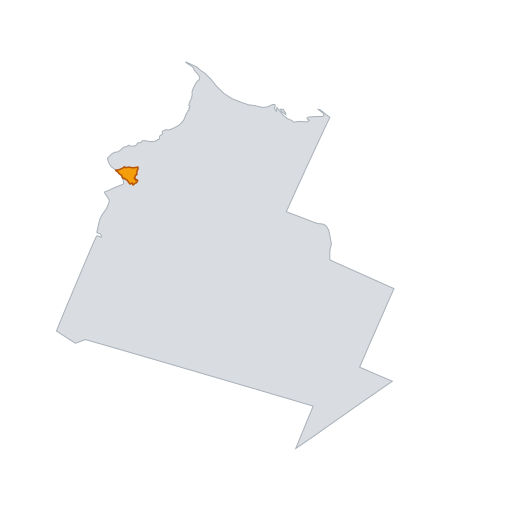 location of Ould Yenge, Guidimaka, Mauritania, rotated 114°
{"feature_id": "47542326B88135317282644", "entity_name": "Ould Yenge", "entity_type": "district", "adm_level": 2, "iso_a3": "MRT", "parent_name": "Mauritania", "parent_adm1": "Guidimaka", "projection": "albers", "projection_center": [-11.856, 15.622], "detail": "fine", "context": "in_parent", "style": "filled", "palette": "amber", "viewbox_px": 512, "rotation_deg": 114, "n_neighbors": 0, "source": "geoboundaries", "source_scale": "gbopen_adm2", "svg_char_len": 4540}
<svg xmlns="http://www.w3.org/2000/svg" viewBox="0 0 512 512"><g transform="rotate(114 256 256)"><path d="M222.3,429.7L221.7,429.5L218.8,427.5L217.4,425.0L215.1,423.2L212.0,422.0L209.9,420.6L209.0,419.1L207.8,418.0L206.6,417.5L206.5,416.9L206.8,416.1L206.5,414.7L204.7,411.5L202.9,410.1L201.5,410.3L200.6,409.9L200.1,409.2L200.0,408.2L199.0,407.3L197.2,406.9L195.8,404.5L194.8,400.2L193.5,396.8L191.8,394.4L190.6,393.5L189.7,393.3L189.4,393.0L189.2,392.3L187.9,392.0L186.0,392.7L184.4,392.4L183.6,391.3L182.5,391.1L181.0,392.1L179.4,391.8L177.7,390.2L176.8,388.7L176.6,387.2L173.6,384.1L167.9,379.5L161.6,377.3L154.8,377.5L151.0,377.2L150.2,376.5L149.3,376.6L148.5,377.4L147.6,377.5L146.6,377.1L146.0,377.4L145.8,378.6L143.4,379.1L138.8,379.1L135.1,379.7L132.3,381.1L128.3,381.6L123.1,381.3L120.0,380.7L119.0,379.9L117.5,379.7L115.6,380.1L113.8,382.3L112.2,386.3L111.0,388.6L109.9,389.1L108.8,392.1L108.1,397.2L107.2,399.4L107.4,386.8L109.0,382.1L109.6,378.0L112.9,368.9L116.8,361.5L120.5,351.6L122.0,342.0L121.7,332.6L120.9,324.2L119.2,318.6L117.7,310.6L115.3,306.3L110.9,302.5L109.9,300.4L111.0,299.6L113.7,299.1L115.6,296.3L111.8,297.3L116.3,288.6L117.8,282.6L117.6,278.7L118.5,276.2L115.3,270.9L112.9,264.2L111.7,263.2L110.3,262.6L110.2,264.1L109.4,265.5L107.8,264.6L105.1,259.7L101.4,251.8L100.1,251.0L98.9,252.0L98.2,253.0L96.7,259.5L96.3,256.9L97.0,253.9L98.0,250.2L99.3,245.0L102.6,245.0L108.7,245.2L120.8,245.4L126.8,245.5L138.9,245.7L144.9,245.8L157.0,246.0L163.0,246.0L175.1,246.2L181.1,246.2L193.2,246.3L199.3,246.3L203.2,246.4L203.0,242.6L202.9,239.7L202.6,235.7L202.4,231.8L202.2,227.8L202.0,224.1L201.8,220.4L201.6,217.0L201.4,213.9L201.0,212.0L199.8,208.5L199.5,206.7L199.9,204.8L200.7,203.0L203.1,199.8L206.7,197.3L210.7,194.5L213.9,192.3L215.5,191.7L220.3,191.0L224.2,189.4L227.9,187.7L229.4,186.9L229.6,183.8L229.7,116.7L247.9,116.7L252.7,116.6L286.3,116.4L291.1,116.4L315.5,116.1L315.4,112.9L315.3,108.4L315.3,102.2L315.2,96.0L315.0,85.1L314.9,80.5L319.8,83.5L329.5,89.4L334.4,92.3L344.1,98.3L353.9,104.2L363.7,110.0L368.6,113.0L373.5,115.9L378.4,118.8L383.3,121.8L393.2,127.6L397.4,130.1L403.7,134.0L409.7,137.7L415.7,141.4L406.6,141.7L394.5,142.0L386.3,142.3L377.8,142.5L369.9,142.7L370.7,149.0L371.6,155.9L372.5,162.8L373.4,169.7L374.4,176.6L377.1,197.3L378.0,204.2L379.0,211.1L379.9,218.1L380.8,225.0L382.7,238.9L383.6,245.8L384.6,252.7L385.5,259.7L386.4,266.6L387.4,273.6L389.3,287.5L390.2,294.4L391.2,301.4L392.1,308.3L393.1,315.3L394.0,322.3L395.0,329.2L395.9,336.2L397.9,350.1L398.8,357.1L399.8,364.1L400.8,371.0L401.7,377.8L405.0,381.2L409.2,385.6L408.2,392.0L407.0,399.5L405.7,407.8L394.5,408.2L383.4,408.5L355.8,409.1L350.3,409.2L322.6,409.7L317.1,409.8L306.4,409.9L303.3,409.8L302.1,409.2L301.7,404.9L300.7,405.2L299.6,406.5L299.1,407.8L299.3,409.6L299.1,411.1L295.6,411.7L290.8,412.8L285.7,413.6L280.6,413.4L278.9,413.0L277.0,412.5L273.0,411.9L270.8,411.9L268.2,412.0L265.2,412.4L264.3,413.2L262.1,416.4L259.9,420.1L258.5,420.1L256.8,418.0L252.4,414.2L247.1,409.2L244.7,406.8L243.4,406.4L240.8,408.2L238.7,410.0L236.4,412.4L235.4,414.7L234.5,417.5L234.2,420.7L233.3,424.5L231.5,427.5L229.3,429.8L227.7,430.9L227.0,431.5L222.3,429.7ZM113.9,290.8L112.1,293.5L111.4,292.4L111.1,290.6L112.7,288.1L113.4,286.8L114.7,286.3L113.9,290.8Z" fill="#d9dde1" stroke="#a8b0b8" stroke-width="1"/><path d="M234.7,419.0L235.1,418.5L235.3,417.7L235.3,417.4L235.3,417.1L235.2,416.8L235.3,416.7L235.5,416.3L235.7,416.0L235.7,415.9L235.8,415.6L236.0,415.3L236.3,414.8L236.3,414.7L236.5,414.4L236.4,414.1L236.6,413.7L236.8,413.2L236.9,412.7L236.9,411.6L237.8,410.6L238.1,410.5L238.5,410.3L238.7,410.1L238.9,409.8L239.0,409.5L239.1,409.3L239.1,408.6L238.8,408.2L238.5,407.9L238.8,407.5L239.0,406.7L239.1,404.8L239.4,404.0L239.7,403.7L240.1,402.9L240.6,402.4L241.1,401.0L241.3,400.5L241.5,400.2L239.8,398.9L241.1,397.1L238.9,396.1L238.7,396.0L238.1,395.6L237.9,395.1L236.6,394.8L235.9,394.8L235.6,395.2L235.2,395.3L235.1,395.0L234.9,395.2L235.0,395.6L234.8,396.1L235.0,396.5L235.4,396.8L234.9,397.1L234.9,397.4L234.9,397.8L234.5,397.7L234.1,398.1L234.4,398.8L233.9,398.9L233.0,398.7L232.1,398.8L231.3,399.0L231.0,398.5L230.5,398.1L229.9,398.0L229.8,398.3L226.0,399.4L224.8,399.1L224.6,399.3L224.2,399.5L223.7,399.5L223.3,399.7L222.8,400.2L224.0,401.8L224.3,402.5L225.4,403.7L225.4,404.5L225.6,404.9L225.9,405.7L226.1,406.4L226.2,406.7L226.3,407.4L226.4,408.1L226.6,408.5L227.3,409.4L228.3,411.2L228.0,412.5L229.7,413.4L229.9,413.6L231.2,414.7L232.4,415.7L234.7,419.0Z" fill="#f59e0b" stroke="#b45309" stroke-width="1.5"/></g></svg>